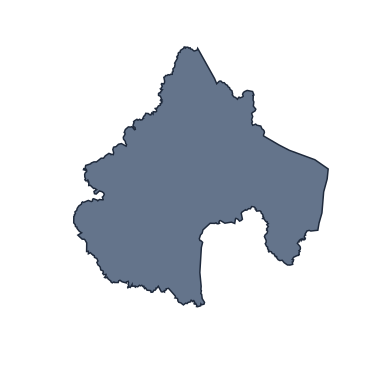 the district of Prestea/huni Valley, Western, Ghana, rotated 322°
{"feature_id": "2480657B71205229821948", "entity_name": "Prestea/huni Valley", "entity_type": "district", "adm_level": 2, "iso_a3": "GHA", "parent_name": "Ghana", "parent_adm1": "Western", "projection": "mercator", "projection_center": [-2.017, 5.447], "detail": "fine", "context": "isolated", "style": "filled", "palette": "slate", "viewbox_px": 384, "rotation_deg": 322, "n_neighbors": 0, "source": "geoboundaries", "source_scale": "gbopen_adm2", "svg_char_len": 6015}
<svg xmlns="http://www.w3.org/2000/svg" viewBox="0 0 384 384"><g transform="rotate(322 192 192)"><path d="M281.8,121.5L278.1,121.9L279.6,116.5L284.9,82.3L283.4,83.3L280.8,82.4L280.2,81.7L279.9,79.5L278.9,78.3L279.3,77.2L278.0,76.5L278.0,75.6L277.2,74.7L276.1,74.5L275.9,73.8L275.4,74.3L275.0,73.0L273.8,73.6L270.1,73.3L268.6,74.6L268.0,74.0L266.6,74.1L265.5,75.6L263.8,75.9L263.7,76.6L263.1,76.4L262.8,77.7L257.6,79.8L257.6,80.6L255.1,82.9L252.8,83.2L251.3,85.5L250.2,85.4L248.9,87.1L247.5,86.0L246.4,86.0L245.4,84.8L244.2,84.9L243.0,84.0L241.5,84.5L240.4,84.3L238.7,87.8L237.5,89.0L236.3,89.5L235.0,87.9L234.2,88.1L233.7,90.4L231.5,91.2L230.9,91.6L231.1,92.1L230.6,91.7L230.7,93.5L228.7,93.8L228.3,94.4L227.2,93.7L226.1,93.9L225.1,95.3L226.0,96.9L225.7,98.5L225.2,99.8L224.5,100.0L224.8,100.5L223.8,100.4L224.4,101.9L223.5,101.8L223.2,103.1L221.2,102.9L221.2,103.6L220.4,104.1L218.5,103.5L216.2,104.4L214.4,103.5L214.3,104.1L215.1,104.6L213.8,106.6L212.7,106.6L210.9,104.8L209.3,106.6L209.0,104.9L207.0,105.9L206.1,104.8L205.9,103.3L204.0,101.5L201.8,102.7L200.7,102.6L198.8,103.6L198.9,104.1L198.3,103.9L197.4,104.4L195.8,103.7L195.6,102.5L193.6,102.1L193.4,100.8L190.3,100.5L189.2,100.7L189.0,101.6L186.6,103.1L186.2,104.4L186.8,106.0L185.9,107.8L185.0,107.5L185.0,104.0L184.5,103.3L183.8,103.2L181.9,101.5L178.0,101.7L175.2,103.4L175.5,104.3L174.6,105.4L171.6,106.5L170.6,108.1L170.6,111.1L169.6,112.9L169.6,114.4L168.3,115.3L166.2,110.4L163.4,109.1L160.2,109.5L157.8,108.4L155.7,109.8L154.5,112.8L153.0,114.1L151.8,112.7L151.2,112.7L151.2,111.8L150.3,110.4L146.0,110.1L143.1,110.9L141.1,109.4L135.3,109.5L133.3,107.9L130.4,107.1L129.5,107.4L124.6,105.6L122.6,107.3L122.5,109.0L121.1,107.0L120.2,107.6L121.8,109.8L121.5,111.1L119.9,111.1L118.3,112.0L116.8,114.1L116.2,116.0L115.1,116.4L115.3,118.1L117.3,118.4L117.0,119.5L116.4,119.8L116.9,120.1L116.3,121.3L114.6,123.3L116.0,124.2L116.6,128.6L117.6,129.2L118.3,131.4L115.1,131.2L114.1,133.3L115.2,134.6L119.7,134.2L121.2,136.3L121.8,138.3L121.4,139.9L119.2,140.9L118.2,140.8L117.3,143.4L116.9,143.3L114.4,140.9L112.4,141.0L112.5,140.4L110.3,136.7L109.3,136.5L108.0,137.8L106.7,137.5L105.1,134.8L100.3,133.5L99.6,132.4L98.6,132.5L97.3,133.5L94.2,133.3L91.5,134.2L89.8,135.5L87.5,135.6L86.8,137.3L85.4,137.4L84.8,138.4L83.9,138.4L79.8,143.5L79.9,145.8L78.9,147.5L79.7,148.9L79.0,149.8L79.0,153.6L79.9,156.2L75.5,155.7L76.4,161.5L78.0,162.9L78.2,163.8L77.7,167.3L72.3,174.0L73.8,174.9L72.3,176.9L74.6,177.3L74.8,179.4L75.3,180.2L75.0,180.7L75.8,182.0L74.9,183.5L76.1,185.8L75.4,188.5L73.7,188.9L73.0,191.8L73.4,192.6L73.4,194.8L72.1,197.2L73.3,199.3L72.8,200.6L71.5,201.2L71.5,202.8L73.5,204.0L72.6,205.0L70.5,205.5L71.3,206.7L72.7,206.9L72.4,208.9L73.2,212.2L72.8,212.8L73.2,214.5L75.1,214.8L75.2,215.6L78.1,217.9L79.5,216.9L80.9,217.2L81.6,219.7L84.2,223.2L84.8,222.5L86.7,223.1L86.2,224.4L84.9,225.3L84.7,226.6L82.7,227.4L82.5,228.0L84.1,228.2L84.6,229.2L87.8,228.0L86.8,229.3L89.0,231.0L88.6,231.2L88.8,231.8L89.1,231.3L90.9,233.3L93.1,233.1L93.5,234.2L95.0,234.6L95.1,236.2L96.6,236.8L95.5,236.9L95.2,238.9L96.3,239.0L96.1,241.7L98.7,244.2L98.0,245.8L99.4,246.7L101.6,246.0L102.6,246.7L104.0,246.3L104.3,245.6L105.3,246.1L107.4,245.5L106.4,251.7L107.1,252.5L108.2,252.8L108.7,253.9L109.6,252.7L110.4,253.3L111.6,253.1L112.1,252.4L114.2,253.5L114.8,263.6L114.1,264.8L113.4,265.0L114.7,266.4L114.8,267.6L113.8,269.2L113.7,270.8L114.9,272.4L115.7,275.7L118.5,275.7L119.5,276.9L120.9,276.6L123.3,277.7L124.5,276.7L125.0,277.1L125.1,278.7L126.5,278.7L126.4,279.9L124.8,281.4L125.3,282.2L126.3,282.0L125.8,284.8L125.1,285.1L125.7,285.8L128.7,287.0L130.1,285.7L130.1,286.8L132.4,287.8L133.9,286.7L134.4,282.3L136.6,278.6L136.4,277.5L138.7,275.5L138.8,274.6L141.2,271.9L148.6,260.3L165.2,241.5L169.4,238.2L169.0,235.8L168.4,235.0L169.0,233.3L172.2,231.1L174.6,230.7L177.3,228.6L187.0,227.8L190.7,230.8L191.9,231.1L192.2,232.4L193.1,233.2L194.5,233.6L194.6,232.3L196.1,231.6L196.8,232.0L198.7,236.8L204.5,240.0L206.3,243.1L209.6,240.0L210.4,239.8L211.4,241.7L211.5,244.2L213.3,244.7L215.0,244.5L217.7,239.0L219.0,238.6L223.2,238.9L223.2,239.5L224.4,240.1L226.3,239.9L227.7,241.2L230.1,240.2L231.7,241.9L232.1,243.1L231.3,244.3L232.0,245.1L231.2,245.7L231.2,246.9L233.8,248.5L234.3,249.8L233.6,251.2L233.9,253.0L233.2,254.9L232.7,255.1L232.9,256.1L231.3,256.4L232.2,257.4L232.0,260.6L232.9,261.6L232.3,262.2L232.6,263.9L230.8,263.8L230.9,266.2L228.0,267.0L228.1,267.7L227.3,268.1L227.6,269.1L227.2,269.7L225.6,270.7L223.4,270.8L221.6,271.7L220.6,275.9L219.4,277.3L217.9,277.8L217.3,280.8L217.7,281.9L216.6,283.4L216.8,284.6L215.8,285.6L215.7,286.6L216.7,286.6L217.7,287.9L217.4,289.8L218.6,291.6L217.9,293.2L218.3,293.9L218.0,294.3L218.9,295.0L218.3,295.7L218.2,298.4L219.0,300.1L221.1,301.4L221.1,304.4L222.3,308.3L224.4,310.0L226.8,311.0L227.9,308.9L228.7,309.2L230.3,308.0L229.5,306.9L231.9,306.0L235.6,306.8L236.9,307.5L237.5,306.9L238.0,307.3L239.2,305.4L240.4,305.3L240.2,304.1L241.7,304.0L242.9,303.0L243.6,301.4L243.4,297.3L245.2,296.7L245.7,297.2L246.5,296.3L247.0,296.7L247.2,296.2L248.3,296.1L249.0,296.4L248.5,297.4L250.0,296.8L250.0,297.8L251.3,297.9L250.9,298.7L251.8,298.9L252.9,298.2L252.6,297.0L253.1,296.3L254.1,295.6L255.0,295.9L255.4,294.7L258.7,293.5L260.7,294.4L261.6,295.9L267.6,299.6L273.0,294.7L281.5,288.5L295.8,273.0L306.6,264.9L313.5,257.7L308.7,242.2L294.4,219.1L289.6,208.7L282.9,191.9L283.7,190.9L285.6,189.8L286.4,188.5L286.5,186.9L286.0,185.3L286.8,182.4L284.2,179.2L284.0,177.7L280.9,176.8L281.5,174.3L282.8,174.0L283.5,171.7L286.3,169.9L287.2,167.0L288.3,166.6L291.6,166.9L293.3,166.0L293.2,162.1L296.2,159.1L296.7,157.2L299.1,154.4L299.4,153.4L300.2,153.8L300.7,153.3L301.6,150.1L298.0,145.9L295.5,145.3L293.9,145.2L292.0,146.1L291.4,148.0L290.4,148.2L287.8,147.4L287.7,146.5L287.1,146.1L284.9,146.9L284.5,144.3L283.6,142.9L283.5,140.2L284.3,139.9L285.8,136.8L285.2,134.7L285.8,132.9L285.2,131.2L285.6,129.7L284.8,128.1L284.7,125.7L283.3,124.6L283.1,122.4L281.8,121.5Z" fill="#64748b" stroke="#1e293b" stroke-width="1.5"/></g></svg>